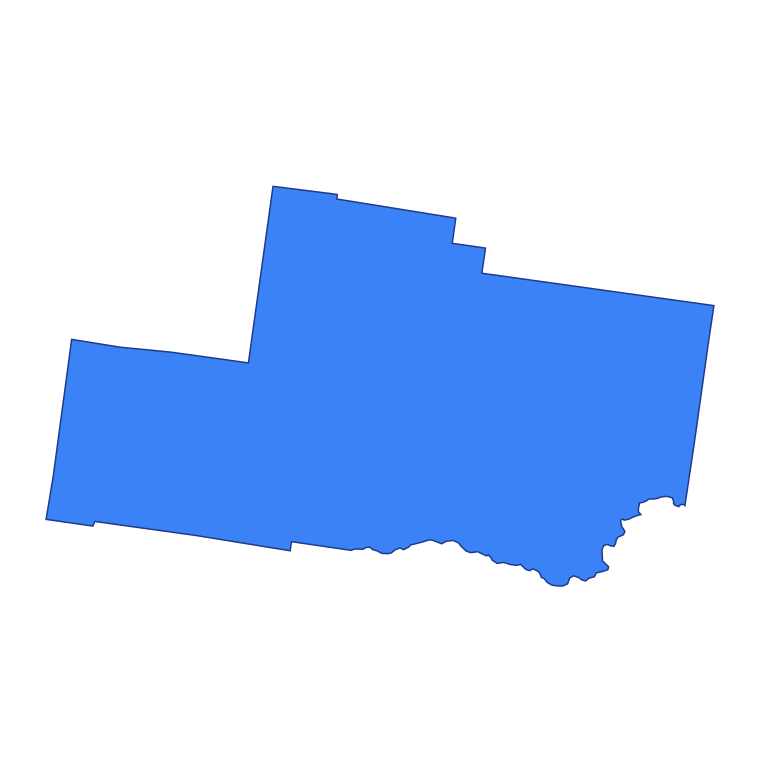 the district of Routt, Colorado, United States of America, rotated 98°
{"feature_id": "52423323B89811146256412", "entity_name": "Routt", "entity_type": "district", "adm_level": 2, "iso_a3": "USA", "parent_name": "United States of America", "parent_adm1": "Colorado", "projection": "albers", "projection_center": [-106.78, 40.461], "detail": "fine", "context": "isolated", "style": "filled", "palette": "blue", "viewbox_px": 768, "rotation_deg": 98, "n_neighbors": 0, "source": "geoboundaries", "source_scale": "gbopen_adm2", "svg_char_len": 1774}
<svg xmlns="http://www.w3.org/2000/svg" viewBox="0 0 768 768"><g transform="rotate(98 384 384)"><path d="M462.5,69.1L399.8,68.5L294.1,68.5L260.5,68.2L260.7,302.5L235.3,302.4L235.2,336.0L209.8,336.0L207.4,456.6L202.8,456.6L203.7,521.4L382.0,521.2L382.1,599.1L384.3,650.6L383.3,699.5L521.0,698.7L565.1,699.8L565.1,696.2L565.2,652.5L560.4,651.2L560.2,548.3L562.2,453.7L553.0,453.7L553.3,393.4L551.4,389.9L550.6,381.9L548.2,378.7L547.6,374.9L549.5,372.4L550.2,367.5L552.0,362.8L551.4,356.1L550.1,353.1L546.6,349.8L544.1,345.3L545.3,341.5L541.8,336.5L539.8,335.6L538.7,332.8L535.4,324.6L532.0,317.5L532.0,314.0L532.9,309.9L534.2,304.6L531.0,300.4L529.3,293.7L531.1,287.8L533.5,285.6L538.1,279.3L538.9,274.6L537.0,267.8L540.0,258.7L538.7,257.1L540.9,254.1L543.4,252.3L545.9,247.0L544.0,240.5L545.2,233.7L545.0,227.0L543.6,223.6L547.9,217.7L548.5,213.7L546.3,211.0L547.4,207.1L549.1,203.8L553.7,201.2L554.3,198.3L557.6,195.0L559.8,189.7L559.8,184.8L559.3,179.2L556.4,174.5L552.3,173.5L549.9,173.0L549.0,171.3L547.7,170.0L547.9,167.5L548.7,163.8L550.4,161.1L551.0,157.0L548.1,154.3L547.2,152.8L545.6,148.9L541.4,147.3L540.0,143.4L538.0,138.8L536.8,136.5L533.7,136.2L531.7,138.9L528.8,143.0L517.6,145.1L513.4,143.9L511.8,140.8L512.7,136.9L512.8,133.7L509.6,132.5L506.2,132.3L503.0,131.0L502.0,129.2L500.1,126.1L496.7,124.9L493.6,127.2L492.8,128.4L490.1,129.4L486.9,130.7L485.2,130.0L484.5,128.5L485.4,127.3L483.9,123.0L481.1,118.8L479.7,116.3L477.9,112.5L477.6,111.5L476.5,112.5L475.5,114.2L471.2,114.8L468.6,114.4L466.5,114.7L466.1,113.8L464.9,110.6L463.1,107.8L461.0,105.6L460.5,101.7L459.2,97.2L457.3,94.0L455.9,88.1L456.6,82.6L461.2,80.3L462.1,80.7L463.4,79.2L463.9,77.7L464.4,75.0L462.2,73.7L461.5,70.1L462.5,69.1Z" fill="#3b82f6" stroke="#1e3a8a" stroke-width="1.5"/></g></svg>